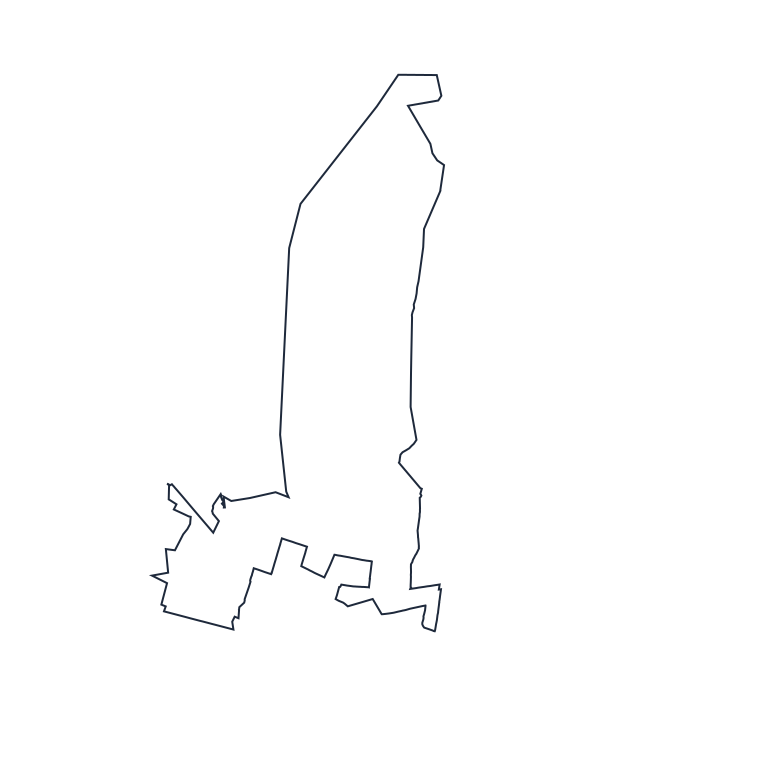 outline of San Pablo Etla, Oaxaca, Mexico, rotated 296°
{"feature_id": "50627088B64488594618490", "entity_name": "San Pablo Etla", "entity_type": "district", "adm_level": 2, "iso_a3": "MEX", "parent_name": "Mexico", "parent_adm1": "Oaxaca", "projection": "natural_earth1", "projection_center": [-96.767, 17.155], "detail": "fine", "context": "isolated", "style": "outline", "palette": "slate", "viewbox_px": 768, "rotation_deg": 296, "n_neighbors": 0, "source": "geoboundaries", "source_scale": "gbopen_adm2", "svg_char_len": 5201}
<svg xmlns="http://www.w3.org/2000/svg" viewBox="0 0 768 768"><g transform="rotate(296 384 384)"><path d="M97.3,356.3L103.8,351.8L109.4,351.8L109.7,355.9L117.1,352.9L117.4,352.6L117.6,352.6L118.0,352.5L120.0,351.8L126.2,354.2L128.4,353.7L129.5,353.1L141.8,351.6L147.8,350.7L148.1,350.2L148.6,349.9L150.1,349.5L150.4,349.5L152.3,349.2L153.3,349.1L153.7,349.2L155.8,348.7L156.5,348.6L157.9,348.4L159.4,348.1L161.3,347.7L161.9,352.0L162.3,355.4L162.7,359.2L163.4,364.4L163.6,365.9L165.1,365.7L165.1,365.9L167.9,365.4L170.3,365.0L171.6,364.8L174.3,364.3L179.4,363.5L181.0,363.2L182.3,363.0L184.0,362.7L184.4,362.6L188.7,361.9L191.0,361.5L194.5,361.0L194.6,360.9L200.5,359.9L200.9,363.3L201.4,367.0L202.0,370.9L202.4,374.7L203.0,378.6L203.5,382.5L204.0,386.1L201.6,386.5L198.3,387.1L198.1,387.2L192.1,388.1L185.9,389.1L184.0,389.5L184.0,391.7L184.0,393.5L184.0,395.4L184.0,397.5L183.9,398.6L183.9,400.1L183.9,401.9L183.8,404.0L183.8,405.6L183.9,409.8L184.0,415.2L187.1,415.1L192.0,415.1L192.9,415.1L198.6,414.9L205.8,414.5L208.8,414.3L208.9,414.5L209.1,415.2L209.7,417.6L210.2,419.2L210.4,419.7L210.9,421.5L211.2,422.6L212.3,426.5L212.9,428.5L213.1,429.3L213.3,430.4L213.7,431.8L213.8,432.1L214.2,433.4L215.6,438.8L215.7,439.2L215.7,439.3L216.1,440.9L216.5,442.3L216.7,442.7L217.0,443.8L217.7,446.2L217.8,446.4L218.4,448.1L219.2,450.7L219.2,450.9L217.6,451.4L216.3,451.9L215.3,452.2L209.3,454.3L207.2,455.0L204.9,455.8L202.7,456.5L202.7,456.8L200.8,457.4L194.6,459.6L194.5,459.0L194.3,458.6L193.5,456.8L193.3,456.1L192.5,454.3L191.9,453.0L191.4,451.7L190.8,450.4L190.2,448.9L189.8,448.0L189.3,446.7L188.6,445.1L187.8,442.6L187.7,442.3L186.8,439.6L186.7,439.4L186.2,437.6L185.0,433.6L183.7,433.6L182.9,433.6L182.4,433.5L181.9,432.7L173.5,434.3L169.5,434.8L169.3,438.3L169.6,443.1L169.3,445.0L168.3,448.9L178.3,459.9L185.8,468.1L180.2,476.6L177.9,480.1L176.6,482.0L176.1,482.9L176.7,484.0L178.4,486.7L179.9,489.0L181.5,491.3L182.7,493.0L183.2,493.6L185.6,496.5L186.7,497.9L187.8,499.3L188.6,500.2L188.9,500.6L189.0,500.8L190.4,502.6L193.4,505.9L201.2,515.8L203.1,518.4L203.0,518.5L199.4,519.8L198.6,520.1L194.9,520.9L192.5,521.3L191.3,522.0L190.5,522.3L189.4,522.6L186.2,523.1L184.9,523.7L183.8,524.9L182.7,526.8L182.7,527.2L183.0,529.4L183.4,532.5L183.8,536.1L183.7,536.8L183.9,537.5L184.0,538.0L184.3,538.0L184.7,537.9L185.6,537.7L188.0,537.0L189.3,536.6L190.9,536.1L192.9,535.6L194.8,535.1L198.0,534.0L199.7,533.4L202.3,532.8L203.2,532.4L206.1,531.4L209.1,530.4L211.9,529.4L212.1,529.4L212.3,529.2L214.6,528.5L216.4,527.9L217.5,527.5L222.4,525.9L224.5,525.2L223.3,523.4L228.2,521.9L227.0,520.2L225.5,518.0L223.5,515.2L223.0,514.5L222.2,513.3L221.2,511.7L219.2,508.9L217.6,506.5L215.9,504.0L214.7,502.4L211.3,497.4L212.1,497.3L212.8,497.8L213.4,496.8L215.4,495.9L217.5,495.0L222.6,492.7L224.4,491.7L224.8,491.6L225.0,491.5L226.7,490.8L228.6,489.8L229.2,489.5L231.1,488.5L231.6,488.3L231.9,488.1L232.9,487.7L233.7,487.3L233.8,487.3L234.3,487.3L236.7,487.5L237.0,487.4L237.7,487.2L239.1,487.1L239.6,487.1L241.0,487.2L242.4,487.2L243.3,487.2L244.3,487.3L244.8,487.3L245.2,487.5L246.3,487.5L247.9,487.5L249.2,487.5L250.8,487.5L251.7,487.4L252.2,487.1L252.4,486.9L252.5,486.8L252.8,486.7L253.4,486.5L253.5,486.5L253.8,486.3L254.0,486.2L254.6,485.8L255.5,485.3L258.3,483.6L260.0,482.6L260.5,482.3L260.8,482.0L263.2,480.7L266.5,478.7L267.0,478.4L269.3,477.7L275.1,475.8L277.5,475.0L280.4,474.1L283.2,472.8L283.3,472.8L283.5,472.8L284.1,472.6L284.3,472.5L284.5,472.5L284.6,472.4L285.0,472.3L285.2,472.2L286.4,471.6L287.4,471.1L287.6,471.1L297.4,466.0L297.9,466.2L298.4,466.4L299.0,466.5L299.5,466.5L300.1,466.5L300.4,466.1L300.7,465.7L301.0,465.2L301.2,464.8L303.0,464.5L304.7,464.2L306.4,463.9L306.4,463.4L306.3,462.8L306.3,462.4L318.7,434.3L319.8,431.9L321.1,431.9L324.6,430.7L327.7,429.8L330.8,430.6L334.0,432.8L337.3,434.9L340.5,435.9L343.3,437.0L348.0,437.7L375.0,418.0L405.0,403.8L420.0,396.8L456.0,380.1L458.2,378.8L461.0,378.2L465.4,377.8L468.5,375.9L474.2,375.1L479.7,373.6L485.5,371.4L491.5,370.0L524.1,359.3L540.9,352.0L582.1,350.0L582.1,349.9L607.1,342.0L608.3,333.8L612.6,326.4L620.2,320.4L631.3,303.6L644.6,283.6L662.6,308.5L668.2,309.2L684.8,296.0L668.4,261.7L668.2,261.3L630.5,255.9L509.3,230.0L464.6,239.2L292.8,312.9L273.7,324.9L244.4,343.3L240.4,347.9L239.2,334.0L222.7,313.4L211.9,298.0L212.5,289.1L203.3,295.1L202.8,294.2L204.2,293.7L205.4,290.8L207.1,291.3L208.1,291.2L208.8,289.5L211.3,286.8L212.4,286.7L213.5,285.5L202.7,283.9L201.5,283.7L199.2,283.7L198.7,284.3L197.1,284.9L195.4,285.1L194.4,285.2L193.7,286.0L192.4,287.0L188.4,295.7L175.5,295.7L187.4,268.4L194.2,253.0L198.5,243.0L198.5,242.9L199.3,241.1L199.8,240.0L200.6,237.9L200.9,237.3L199.9,236.6L198.9,235.9L198.6,235.7L199.3,234.9L199.4,234.3L199.4,233.8L199.4,233.3L199.3,232.8L198.8,235.2L185.9,241.1L185.8,242.4L184.9,250.2L179.1,250.1L179.3,259.3L179.4,266.5L179.9,268.5L173.2,271.1L167.6,270.9L166.6,270.7L160.9,269.4L147.4,269.1L142.9,269.0L140.0,260.3L119.8,272.7L110.1,259.5L109.9,276.3L88.1,280.6L88.4,285.3L83.2,285.9L87.3,306.4L87.5,307.4L88.5,312.6L88.6,313.1L90.4,322.1L91.1,325.3L93.0,334.9L93.5,337.3L93.6,337.8L93.7,338.3L96.1,350.3L96.8,353.8L97.3,356.3Z" fill="none" stroke="#1e293b" stroke-width="2"/></g></svg>